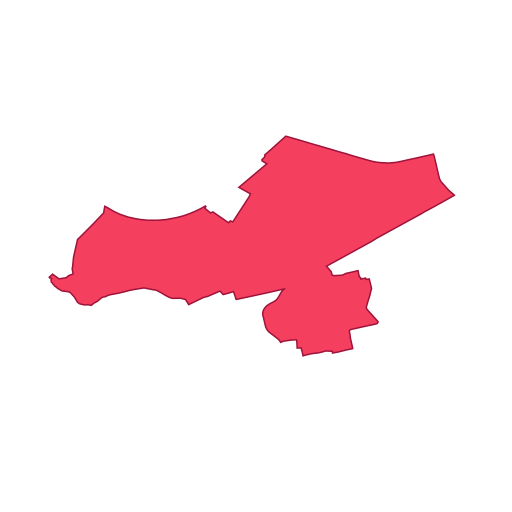 the district of Ikeja, Lagos, Nigeria, rotated 258°
{"feature_id": "59680162B78935719106444", "entity_name": "Ikeja", "entity_type": "district", "adm_level": 2, "iso_a3": "NGA", "parent_name": "Nigeria", "parent_adm1": "Lagos", "projection": "equal_earth", "projection_center": [3.342, 6.607], "detail": "fine", "context": "isolated", "style": "filled", "palette": "rose", "viewbox_px": 512, "rotation_deg": 258, "n_neighbors": 0, "source": "geoboundaries", "source_scale": "gbopen_adm2", "svg_char_len": 3814}
<svg xmlns="http://www.w3.org/2000/svg" viewBox="0 0 512 512"><g transform="rotate(258 256 256)"><path d="M318.8,450.8L318.7,445.8L318.5,430.6L318.5,425.1L318.4,418.4L318.5,412.3L319.3,405.4L321.1,398.4L321.4,397.4L322.7,393.5L323.8,390.8L325.8,386.7L333.5,372.2L336.5,366.8L337.7,364.9L337.8,364.4L340.6,359.1L343.5,353.8L355.3,331.8L366.7,310.7L367.0,310.0L356.1,291.1L353.1,285.6L351.5,285.4L350.5,284.2L349.0,281.8L347.8,281.7L343.9,285.7L332.2,263.8L326.7,253.5L317.9,263.5L315.2,261.4L294.2,240.4L295.7,238.2L294.3,236.0L308.1,223.0L307.6,220.5L313.3,215.9L315.0,217.3L315.4,216.9L313.6,210.8L312.5,206.3L311.2,199.7L310.7,195.7L310.4,193.2L310.1,186.0L310.3,178.4L310.3,176.4L311.2,168.8L311.8,165.6L312.1,164.0L313.6,157.2L315.9,150.1L317.6,145.8L320.8,138.8L325.2,131.5L329.2,126.2L334.0,121.0L336.1,118.4L329.8,115.9L321.5,103.8L312.0,89.2L310.6,87.0L309.3,84.9L299.4,80.3L292.6,77.2L284.6,74.7L281.5,73.5L276.5,73.4L275.8,68.7L274.2,65.7L274.6,58.6L280.5,53.3L278.4,49.5L278.0,49.3L277.7,49.5L278.0,49.7L276.4,51.4L275.3,50.5L272.9,50.4L271.8,51.3L271.0,51.5L270.4,51.8L269.6,52.4L268.7,52.6L267.2,54.0L265.5,55.3L264.6,56.3L263.5,57.5L262.6,58.4L262.0,59.4L260.5,63.8L259.9,65.2L259.2,66.4L257.6,67.5L255.8,68.5L254.2,69.5L253.1,70.0L251.5,70.5L250.0,71.1L248.0,71.7L246.9,72.6L245.9,73.6L245.2,75.0L244.4,76.7L243.7,78.5L243.2,81.8L242.3,83.7L242.0,84.8L243.7,87.9L244.5,91.1L246.6,95.1L247.2,96.1L247.7,97.9L247.5,100.1L247.7,100.8L248.3,103.5L248.4,106.2L248.3,109.1L248.2,115.0L248.4,120.6L248.4,121.1L248.6,124.7L248.6,128.0L248.5,131.6L248.3,134.9L248.2,137.5L248.1,139.3L247.6,141.0L246.6,143.2L245.9,144.9L244.0,149.2L244.1,149.7L243.1,151.5L240.1,155.2L236.9,158.6L234.9,160.9L233.3,162.9L231.9,165.6L231.2,169.4L230.5,173.0L229.8,174.6L229.0,176.2L228.6,177.0L228.4,177.5L227.9,178.0L227.0,178.4L224.6,179.3L223.5,179.7L222.4,180.0L222.9,181.9L225.1,190.9L226.1,195.0L226.4,196.1L226.5,198.7L226.5,200.2L228.5,210.2L229.1,213.2L228.9,213.6L227.3,214.6L225.4,215.6L225.1,216.0L225.1,216.7L225.7,225.5L225.8,226.6L225.4,226.6L220.5,227.3L218.4,227.3L217.6,227.7L217.6,232.5L217.6,239.1L217.7,261.7L217.9,274.2L217.9,275.5L218.0,276.1L218.0,276.3L217.9,276.7L216.2,274.0L214.7,272.6L211.2,269.5L209.2,267.3L208.3,265.7L207.4,263.1L206.6,260.0L205.0,256.0L202.8,253.1L200.5,251.4L198.5,250.6L196.7,250.4L194.6,250.5L188.7,250.6L184.5,250.7L182.3,251.3L180.4,252.0L178.9,252.9L176.8,254.7L172.6,258.3L169.8,260.6L168.2,261.5L166.4,262.1L167.0,265.3L166.8,267.3L166.7,269.2L166.4,273.3L166.0,275.9L165.6,278.1L164.4,278.2L162.2,277.9L157.4,277.1L156.7,281.1L155.3,281.0L152.4,281.3L149.8,281.2L148.5,281.3L148.7,282.5L148.8,284.9L148.9,289.6L148.6,293.6L148.3,296.3L148.3,300.3L148.5,303.5L148.8,304.2L148.6,304.4L148.1,306.4L146.9,311.0L145.2,310.6L145.1,312.8L145.0,316.2L145.2,322.3L145.3,324.3L145.3,330.5L145.4,331.4L155.6,331.3L160.0,331.6L163.4,331.7L164.1,332.5L164.3,333.1L164.4,335.1L164.5,342.9L164.6,359.6L164.9,360.8L165.9,361.6L166.5,361.7L171.5,358.8L179.1,354.4L181.2,353.3L182.9,353.2L187.7,355.7L192.7,358.6L197.9,361.1L200.2,362.3L203.9,362.2L210.0,362.0L210.2,358.7L211.6,358.6L211.7,353.7L213.3,353.8L213.8,352.8L217.6,352.7L220.4,352.8L220.5,351.9L220.5,351.0L220.4,350.1L220.3,344.2L220.3,340.6L220.0,339.2L219.7,338.2L219.4,336.6L219.4,335.7L219.9,332.5L220.2,330.6L220.4,329.2L220.9,327.5L221.2,326.7L222.9,326.4L225.1,326.3L231.4,322.8L232.7,327.2L237.5,343.2L246.3,372.3L247.2,374.7L248.6,378.6L249.5,381.7L250.1,383.7L250.6,385.4L250.8,386.1L251.1,386.9L251.3,387.7L251.5,388.2L254.2,397.3L258.3,410.9L261.4,421.4L262.8,426.0L264.0,429.4L267.3,440.7L271.5,454.3L272.8,458.5L273.9,461.9L274.2,462.7L274.8,462.3L280.3,458.1L286.5,454.6L290.1,452.5L293.1,451.6L298.2,451.4L310.5,451.2L317.1,451.0L318.8,450.8Z" fill="#f43f5e" stroke="#9f1239" stroke-width="1.5"/></g></svg>